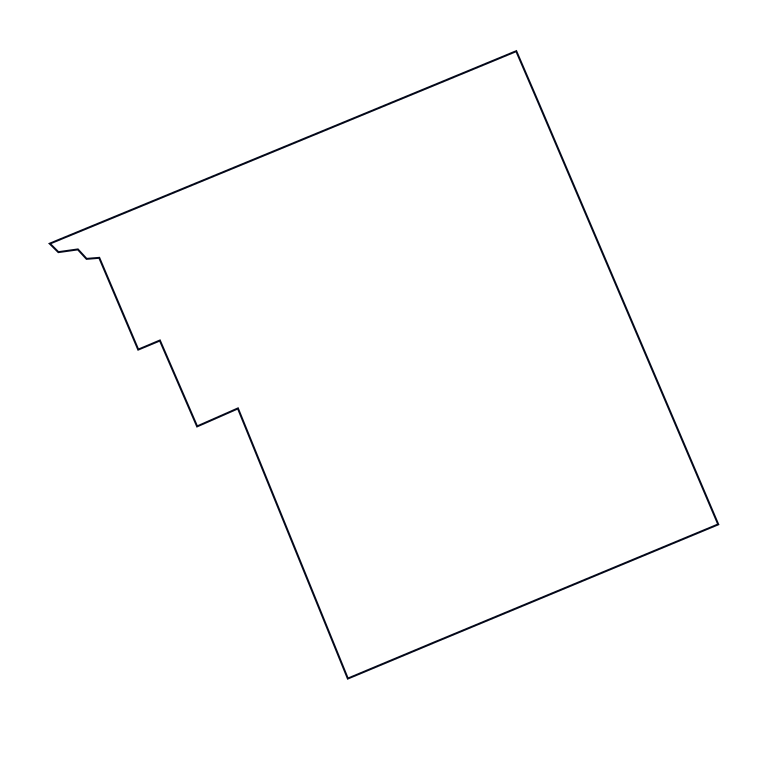 Brooks, Texas, United States of America, rotated 337°
{"feature_id": "52423323B9714616989875", "entity_name": "Brooks", "entity_type": "district", "adm_level": 2, "iso_a3": "USA", "parent_name": "United States of America", "parent_adm1": "Texas", "projection": "robinson", "projection_center": [-98.343, 27.023], "detail": "fine", "context": "isolated", "style": "outline", "palette": "ink", "viewbox_px": 768, "rotation_deg": 337, "n_neighbors": 0, "source": "geoboundaries", "source_scale": "gbopen_adm2", "svg_char_len": 382}
<svg xmlns="http://www.w3.org/2000/svg" viewBox="0 0 768 768"><g transform="rotate(337 384 384)"><path d="M410.0,127.1L143.4,124.3L131.2,124.2L135.8,135.4L154.8,140.5L159.1,152.6L171.2,156.6L171.2,256.3L194.7,256.4L195.4,350.0L240.0,349.4L235.6,641.0L329.2,641.5L636.8,643.8L636.1,184.2L635.8,129.3L569.9,128.7L410.0,127.1Z" fill="none" stroke="#020617" stroke-width="2"/></g></svg>